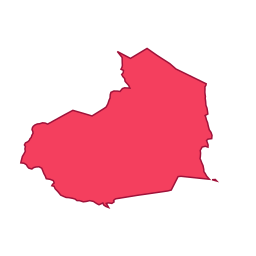 Massapê, Ceará, Brazil (Equal Earth projection), rotated 102°
{"feature_id": "56859067B42354629826909", "entity_name": "Massapê", "entity_type": "district", "adm_level": 2, "iso_a3": "BRA", "parent_name": "Brazil", "parent_adm1": "Ceará", "projection": "equal_earth", "projection_center": [-40.377, -3.486], "detail": "fine", "context": "isolated", "style": "filled", "palette": "rose", "viewbox_px": 256, "rotation_deg": 102, "n_neighbors": 0, "source": "geoboundaries", "source_scale": "gbopen_adm2", "svg_char_len": 2080}
<svg xmlns="http://www.w3.org/2000/svg" viewBox="0 0 256 256"><g transform="rotate(102 128 128)"><path d="M65.8,147.1L67.9,146.5L70.0,146.5L72.0,147.1L72.6,144.4L75.0,144.2L77.0,145.3L78.8,143.7L80.3,141.6L83.0,140.5L84.5,138.5L86.2,136.2L88.6,134.4L89.4,139.7L90.6,141.7L93.9,143.4L94.1,146.1L94.8,149.6L96.7,152.1L99.0,152.3L102.5,151.8L104.6,152.3L106.5,152.5L108.5,152.7L110.6,153.3L112.1,153.8L113.9,155.5L123.7,165.7L123.0,174.2L122.5,181.3L122.2,185.6L127.9,192.4L140.9,207.4L140.4,210.1L140.7,212.7L142.2,215.3L142.9,217.6L144.5,219.8L146.2,221.1L147.9,221.6L149.7,221.5L151.1,220.4L152.9,219.8L155.1,220.5L157.4,220.7L158.8,221.6L160.6,222.0L162.2,223.1L163.9,225.2L166.1,225.8L167.5,224.5L169.9,224.5L172.1,223.6L174.9,224.4L177.8,225.4L182.8,225.6L184.4,225.6L184.1,222.4L185.1,219.7L186.8,218.2L187.9,216.6L188.1,213.5L186.4,212.1L185.3,210.0L184.4,207.0L185.3,204.0L188.1,202.1L190.2,200.7L192.0,199.1L194.6,197.4L194.4,193.5L195.0,190.1L197.1,188.8L198.8,190.1L200.3,190.5L200.4,188.2L202.6,186.6L204.7,183.5L206.2,181.6L207.6,179.9L208.3,176.8L208.8,174.1L208.4,171.3L208.3,167.6L208.5,165.0L209.6,162.8L209.1,160.2L209.5,156.4L208.5,153.5L207.0,150.4L207.0,146.5L207.8,144.6L208.5,142.7L209.1,140.4L206.6,137.0L208.3,135.8L209.3,133.5L209.8,130.4L208.1,131.9L206.3,133.6L205.3,131.5L205.1,128.1L203.2,126.3L201.8,127.0L199.9,125.5L191.8,104.6L187.6,93.1L181.3,76.0L179.7,72.8L165.1,68.9L164.2,66.0L161.2,37.7L158.7,41.1L156.6,42.9L154.9,44.7L152.7,45.3L149.2,46.8L146.9,48.5L144.6,50.0L142.9,51.2L140.8,51.3L137.4,51.8L134.9,52.7L133.1,52.1L131.2,51.5L129.8,48.6L130.1,45.8L128.0,46.1L125.7,47.4L123.9,48.6L122.2,47.4L121.0,43.9L117.7,44.3L115.0,45.9L112.9,48.1L110.8,49.2L108.3,50.4L106.2,51.3L103.9,52.9L101.2,54.2L99.8,55.2L97.7,52.8L94.6,53.9L92.1,54.9L89.6,56.5L85.5,57.7L82.8,58.7L81.2,58.8L79.1,59.6L76.9,60.3L74.4,60.7L71.7,61.3L70.2,60.7L68.5,60.7L60.3,93.4L56.4,100.4L50.9,114.8L46.2,125.9L57.4,137.9L59.4,140.1L55.4,154.3L60.3,148.4L65.8,147.1ZM161.4,30.2L160.2,31.9L161.1,35.0L161.4,30.2Z" fill="#f43f5e" stroke="#9f1239" stroke-width="1.5"/></g></svg>